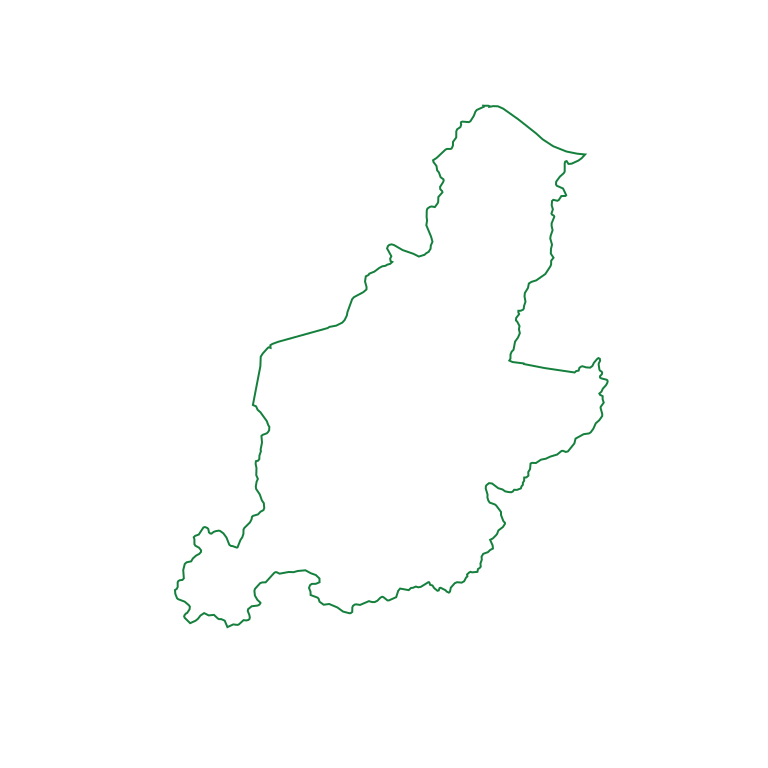 Salitre, Guayas, Ecuador (Albers equal-area conic projection), rotated 247°
{"feature_id": "8360857B73646233564804", "entity_name": "Salitre", "entity_type": "district", "adm_level": 2, "iso_a3": "ECU", "parent_name": "Ecuador", "parent_adm1": "Guayas", "projection": "albers", "projection_center": [-79.812, -1.795], "detail": "fine", "context": "isolated", "style": "outline", "palette": "green", "viewbox_px": 768, "rotation_deg": 247, "n_neighbors": 0, "source": "geoboundaries", "source_scale": "gbopen_adm2", "svg_char_len": 6166}
<svg xmlns="http://www.w3.org/2000/svg" viewBox="0 0 768 768"><g transform="rotate(247 384 384)"><path d="M457.3,281.2L448.6,277.1L415.9,255.1L413.4,257.5L409.6,257.6L406.3,259.2L395.7,261.6L391.2,261.4L389.3,261.7L386.3,260.2L384.9,258.2L384.4,256.8L384.6,252.4L384.1,250.9L377.7,248.8L371.7,244.7L370.3,244.5L366.7,241.3L363.6,239.9L362.6,238.1L363.0,235.9L360.6,234.6L356.5,233.8L350.0,230.8L345.9,230.8L343.9,228.6L339.7,225.9L337.4,225.3L330.9,226.5L324.5,226.1L321.3,226.8L316.6,225.3L315.0,223.7L314.7,220.4L313.2,217.1L313.8,211.9L313.4,210.7L311.1,209.1L309.0,206.6L306.0,199.1L304.9,197.8L301.1,196.1L298.3,193.7L296.5,190.9L290.9,185.4L290.9,184.6L294.2,181.0L294.6,180.0L296.4,178.8L304.3,179.0L309.3,177.8L312.8,175.7L313.6,174.5L314.3,171.6L314.4,169.4L313.7,166.8L314.2,165.7L315.8,164.9L319.2,165.6L320.5,165.1L322.3,163.3L322.5,161.7L317.8,154.7L318.0,150.8L317.3,149.0L315.1,148.8L310.6,146.9L308.8,147.2L305.7,149.7L303.5,150.4L302.2,150.6L300.9,149.9L299.8,147.6L299.5,144.1L298.1,139.9L296.1,137.2L297.0,132.6L296.2,130.3L291.2,126.5L283.3,123.8L282.4,121.9L283.2,119.2L282.9,117.5L281.9,116.5L277.8,114.8L276.4,113.2L276.0,111.1L272.3,109.9L267.7,109.8L266.5,110.3L261.5,115.5L256.5,118.0L254.9,118.3L252.6,117.0L250.2,113.4L250.1,111.9L249.0,109.9L248.1,109.2L246.6,109.2L239.6,112.1L239.7,118.0L240.6,121.1L242.6,124.6L243.4,128.9L239.5,132.2L237.9,137.3L233.1,139.4L232.0,140.3L231.1,142.4L228.4,144.9L221.4,144.9L221.6,151.3L219.5,155.0L219.4,156.5L221.5,162.4L220.1,165.0L219.8,167.0L220.2,168.3L221.4,169.2L223.8,169.8L228.3,169.9L229.8,170.9L231.1,175.3L229.4,181.3L229.6,183.2L230.5,184.6L231.0,184.8L234.8,183.1L239.7,182.5L244.3,183.9L245.9,185.3L249.1,192.3L248.9,194.4L247.7,197.6L253.0,209.1L253.2,210.4L252.7,211.6L250.2,213.8L248.2,222.8L246.1,227.3L245.6,231.5L243.2,238.9L238.4,242.7L234.8,246.6L230.2,248.6L226.7,247.2L226.7,243.2L228.2,239.4L227.7,237.3L225.6,235.3L221.6,235.2L218.4,234.0L213.3,239.4L211.9,239.9L208.8,239.6L204.4,242.2L202.9,247.6L196.5,253.8L190.5,257.4L186.5,262.6L186.1,263.7L186.6,265.7L190.8,267.6L191.9,268.8L192.4,270.8L192.0,272.4L190.0,275.6L190.0,285.3L187.9,287.8L186.9,290.2L187.1,293.3L188.7,297.1L188.9,299.1L188.0,300.2L183.5,302.6L182.9,304.0L183.0,311.9L188.1,316.3L189.4,318.9L184.6,326.2L185.7,329.2L185.1,330.9L185.1,334.2L183.4,336.2L182.9,338.8L184.2,347.3L184.1,347.9L183.1,348.2L181.1,348.0L179.6,349.9L176.6,350.4L172.8,352.4L172.6,353.7L174.5,355.5L174.3,356.5L170.2,360.0L168.4,360.6L166.6,362.2L167.1,363.6L170.4,365.9L173.0,371.3L173.0,373.8L170.8,377.9L171.1,380.7L173.8,384.0L174.3,385.6L176.2,386.0L177.2,388.7L177.3,390.2L176.2,391.5L174.6,396.6L176.9,398.2L177.3,400.3L178.1,401.7L181.0,402.6L184.1,405.4L186.9,406.3L188.9,409.0L188.6,414.0L189.7,416.7L190.0,420.0L192.9,420.9L199.1,420.8L199.3,423.8L200.9,427.8L201.7,429.4L204.5,432.1L205.9,437.6L208.0,440.7L209.1,441.1L211.1,440.3L217.5,440.5L220.6,441.7L228.3,439.8L229.8,439.0L233.6,434.9L236.2,434.5L239.3,434.9L241.7,436.1L248.0,436.8L250.2,437.9L250.9,439.0L251.7,441.9L250.2,444.6L243.5,448.4L240.6,451.9L237.8,453.6L235.7,456.7L234.6,459.0L234.7,460.5L235.8,462.5L234.6,464.9L234.4,469.2L236.1,470.6L236.9,472.4L238.8,473.2L240.2,475.2L243.1,476.5L242.4,478.6L243.2,481.1L246.6,482.4L248.6,485.2L253.5,487.8L253.6,489.4L251.9,493.0L253.0,499.0L252.0,503.8L252.2,508.8L251.4,515.8L253.0,521.3L252.6,522.6L250.4,524.8L250.1,527.0L254.9,536.0L258.9,539.0L259.8,548.2L258.4,553.4L258.8,555.5L261.0,559.2L265.1,563.6L266.5,567.9L269.2,572.3L271.2,573.2L277.4,574.0L278.3,574.6L281.0,579.0L284.5,579.3L287.4,580.5L289.7,578.6L291.1,578.5L292.0,581.2L294.2,583.6L296.2,588.0L297.9,590.1L299.3,591.0L300.3,591.0L301.1,590.4L304.3,586.2L305.5,585.4L306.8,585.9L307.9,588.4L309.0,589.2L310.3,589.2L311.8,588.1L313.0,587.9L318.1,589.2L319.2,589.9L320.9,592.0L322.9,592.5L324.1,591.5L323.7,589.9L321.5,585.5L319.2,582.9L318.5,580.2L320.3,576.6L322.8,573.6L323.0,572.1L322.5,570.2L320.3,568.4L320.8,565.9L320.1,564.0L335.9,538.1L347.7,520.6L348.3,520.7L354.0,510.9L356.6,508.5L357.9,510.3L361.8,512.0L363.9,514.2L364.9,516.6L371.8,521.2L374.4,525.5L377.7,528.9L381.7,529.6L384.4,531.4L389.3,531.0L391.0,530.3L393.2,531.5L395.5,535.7L397.3,535.6L398.9,536.3L398.0,538.5L398.1,541.1L398.8,542.1L401.1,543.4L404.5,546.4L409.8,547.6L412.7,549.2L416.2,554.1L419.9,556.6L420.4,559.6L419.9,564.6L422.2,575.5L427.3,583.1L428.7,584.5L432.2,586.1L434.0,589.4L438.8,588.5L443.0,590.4L446.6,593.1L453.0,593.9L455.3,595.3L459.7,599.3L463.8,600.0L466.3,601.0L471.4,606.1L472.6,606.1L474.2,604.9L475.4,604.7L478.8,607.7L483.0,608.2L486.8,610.2L487.4,611.8L484.9,615.2L485.1,616.8L487.7,620.7L486.2,624.5L486.6,625.5L494.0,625.2L499.0,620.5L500.6,620.3L503.0,621.6L506.2,627.0L507.8,631.8L508.9,633.3L516.6,636.6L517.9,637.7L517.8,639.2L514.5,639.8L513.5,642.8L513.7,650.2L514.6,654.1L516.7,658.8L520.6,651.7L526.7,642.8L536.8,632.6L547.3,625.6L555.3,621.9L575.2,611.0L590.9,601.3L595.1,597.4L597.1,593.1L598.0,589.2L598.6,589.6L599.4,588.7L601.4,584.1L600.2,584.1L600.0,576.4L599.0,574.6L595.7,571.4L592.1,566.2L591.9,564.4L594.9,558.7L595.0,557.5L594.2,556.7L592.4,556.3L590.6,554.6L589.9,550.9L588.4,549.3L582.7,546.8L579.9,542.1L576.5,540.6L574.4,538.3L574.3,537.4L575.8,533.7L575.7,532.1L571.5,520.7L570.8,516.6L568.9,516.3L564.2,517.5L559.9,516.4L557.3,517.2L552.2,516.9L549.2,518.7L548.1,518.5L546.8,517.4L543.6,512.7L541.4,511.9L538.8,512.9L537.6,512.7L534.9,507.1L530.4,505.0L529.3,503.9L527.0,499.9L528.8,497.3L529.1,495.3L528.5,492.5L527.1,491.2L520.9,488.4L517.8,487.6L513.6,485.0L501.2,484.9L496.0,484.2L493.2,481.2L490.3,479.7L488.2,476.7L487.9,474.0L487.1,471.8L487.7,465.9L492.3,462.0L500.0,453.5L508.0,447.5L509.6,445.5L510.0,443.3L509.4,441.5L507.6,439.8L498.8,440.7L496.9,438.6L494.4,438.1L493.1,439.3L492.2,436.7L492.6,433.2L492.2,431.6L493.0,428.5L492.7,425.0L491.2,419.0L491.3,413.6L490.4,412.3L490.2,409.3L485.8,406.6L480.0,405.8L477.9,404.8L476.6,400.8L475.7,390.3L474.5,387.8L464.4,378.4L461.6,376.6L458.3,372.8L456.8,369.6L456.4,362.8L457.9,356.0L457.5,354.0L464.2,303.0L464.5,296.8L464.1,294.5L461.6,293.7L462.8,292.3L462.7,291.3L459.5,284.4L457.3,281.2Z" fill="none" stroke="#15803d" stroke-width="2"/></g></svg>